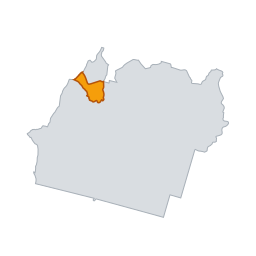 location of Sennar within Sudan, rotated 194°
{"feature_id": "SDN-880", "entity_name": "Sennar", "entity_type": "Region", "adm_level": 1, "iso_a3": "SDN", "parent_name": "Sudan", "parent_adm1": "", "projection": "albers", "projection_center": [34.248, 12.985], "detail": "fine", "context": "in_parent", "style": "filled", "palette": "amber", "viewbox_px": 256, "rotation_deg": 194, "n_neighbors": 0, "source": "natural_earth", "source_scale": "10m", "svg_char_len": 5568}
<svg xmlns="http://www.w3.org/2000/svg" viewBox="0 0 256 256"><g transform="rotate(194 128 128)"><path d="M173.1,199.8L170.9,199.8L170.7,199.3L170.7,197.8L170.9,196.8L171.8,195.1L171.6,194.1L171.7,192.8L171.1,191.3L165.9,186.9L164.9,185.7L162.1,184.6L162.6,183.3L161.4,174.4L162.0,173.4L162.2,171.8L162.2,170.4L162.9,168.1L162.9,167.1L157.4,167.0L157.3,168.0L157.6,169.1L157.6,169.6L149.9,169.6L152.9,173.1L153.0,174.6L152.9,176.6L152.9,177.8L153.1,178.6L153.9,180.2L153.8,180.5L153.6,180.8L148.1,185.5L147.2,187.6L146.4,188.8L144.8,190.7L139.7,195.6L138.9,195.9L135.1,196.1L134.7,196.2L134.4,196.4L134.2,196.3L131.0,193.4L125.5,189.7L121.9,191.5L120.8,192.2L120.8,193.9L120.2,194.7L119.2,195.7L116.5,196.2L115.1,196.7L113.4,197.6L111.7,199.2L111.6,200.0L111.8,200.7L102.5,200.5L101.8,199.9L100.6,197.2L99.6,197.4L91.1,196.8L89.9,197.1L87.5,198.1L86.2,198.2L85.0,197.7L80.7,192.3L79.7,191.7L78.8,190.4L77.8,189.8L77.5,189.4L77.4,188.9L77.5,187.7L77.2,187.0L76.5,186.8L70.5,187.8L69.6,187.7L68.4,187.8L67.9,188.0L67.4,188.7L67.3,190.1L67.1,190.8L66.6,191.6L64.8,193.3L64.4,194.0L64.4,196.0L64.3,197.0L64.0,197.4L63.2,198.1L62.9,198.6L62.6,201.0L61.6,202.5L61.3,203.0L61.2,204.1L61.1,204.4L58.3,205.2L57.3,205.7L56.6,206.5L56.5,206.9L55.3,206.5L53.8,206.2L51.0,205.9L49.9,205.4L49.4,204.8L49.6,203.3L49.3,203.0L48.9,202.7L48.6,202.0L48.7,201.2L50.3,199.6L50.6,198.6L51.2,194.3L51.1,193.0L50.1,190.5L47.5,186.1L46.9,185.3L43.7,181.6L43.3,181.1L42.5,179.6L43.6,176.4L43.7,175.5L43.5,174.6L42.7,173.9L41.9,173.7L40.9,172.8L40.3,172.4L39.8,171.6L39.4,170.6L39.9,166.8L39.7,166.3L38.8,166.1L38.7,165.8L38.7,165.1L38.4,162.9L37.9,161.1L38.2,160.1L37.6,158.7L36.2,158.1L33.5,158.4L32.7,158.3L32.1,158.0L31.8,157.5L31.6,156.9L31.8,156.0L32.6,154.4L33.7,153.2L35.7,152.0L36.2,151.4L36.5,150.7L36.6,149.9L36.5,149.0L36.3,148.2L35.8,147.2L35.4,145.9L35.4,145.1L35.7,144.5L36.2,143.8L38.2,142.5L40.2,141.4L40.6,141.0L40.5,140.5L39.6,139.5L39.4,137.7L39.0,136.4L40.0,135.4L40.8,135.1L41.9,134.9L42.4,134.5L42.5,133.7L42.5,132.9L43.0,132.4L43.6,131.2L44.1,130.7L45.6,129.4L46.0,128.5L46.1,127.7L45.8,125.0L46.7,124.0L47.9,123.1L49.4,123.2L51.9,123.1L53.6,122.8L54.8,122.9L57.5,123.5L57.7,123.3L57.9,122.6L59.9,72.9L70.9,73.3L71.1,73.2L72.0,49.9L141.3,51.5L141.8,51.5L142.9,49.3L143.4,49.1L144.1,49.3L144.4,49.8L143.8,51.6L204.3,51.6L204.4,54.2L204.9,56.4L206.7,59.4L208.2,61.0L208.7,61.9L208.8,62.3L208.7,62.7L208.3,62.3L207.5,62.0L207.4,63.4L207.8,66.4L208.4,68.4L208.0,70.3L208.1,73.5L208.9,77.4L208.8,79.9L210.1,85.6L211.4,88.8L212.1,89.6L212.9,90.0L214.4,90.2L216.6,91.9L218.3,93.5L218.9,94.4L219.8,95.4L220.3,95.2L220.7,95.0L221.3,95.8L224.0,97.4L224.4,98.2L223.5,99.0L222.3,100.4L221.8,101.7L221.5,102.1L220.6,102.9L220.5,103.3L220.1,103.5L219.7,103.5L218.7,104.0L217.9,103.9L217.0,104.1L216.7,104.4L216.1,104.7L215.2,104.8L213.7,105.9L212.5,106.5L212.1,106.9L211.5,109.0L211.0,109.6L209.2,109.7L208.3,109.8L207.0,109.6L206.4,109.7L206.3,110.1L206.1,111.9L206.1,112.7L205.1,114.8L205.5,118.7L204.5,121.6L204.3,122.3L203.4,124.6L202.8,125.5L201.6,129.8L201.1,131.1L200.0,132.5L201.2,142.9L200.3,146.1L200.4,147.8L199.8,150.4L199.3,151.6L198.4,153.0L197.7,154.6L197.2,156.7L196.8,160.7L196.6,161.1L193.3,161.6L192.2,161.9L191.5,162.3L190.7,163.3L189.0,166.2L188.1,167.9L186.7,170.2L185.1,171.9L184.8,172.7L184.5,174.2L183.9,176.6L183.4,178.3L183.5,179.7L183.0,182.0L183.0,183.2L182.5,183.8L181.7,184.4L181.2,184.6L178.9,183.0L177.2,184.1L176.2,185.6L175.4,187.2L175.9,190.5L175.8,191.2L175.6,192.0L174.0,195.2L173.6,196.6L173.1,199.2L173.1,199.8Z" fill="#d9dde1" stroke="#a8b0b8" stroke-width="1"/><path d="M186.7,170.2L186.7,170.4L186.6,170.6L186.3,170.9L185.5,171.3L185.5,171.2L185.3,170.7L185.1,170.3L185.0,170.2L183.9,169.4L182.6,168.1L181.2,166.3L178.6,162.3L178.1,161.7L177.7,161.4L177.2,161.1L176.8,161.0L176.4,161.1L174.9,161.8L166.5,167.0L166.3,167.0L166.0,167.0L164.7,166.7L164.3,166.7L164.1,166.7L163.8,166.8L163.6,166.9L163.4,167.0L163.0,167.2L161.5,161.9L161.5,161.1L161.6,160.5L161.8,159.5L161.8,159.2L161.7,158.8L160.5,157.1L159.7,155.4L159.5,154.8L159.3,153.7L159.3,151.8L159.3,151.4L159.1,151.1L159.0,150.8L158.8,150.6L158.4,150.2L158.5,149.2L158.7,148.9L158.9,148.5L159.1,148.3L159.4,148.4L159.9,149.0L160.3,149.0L160.5,148.7L161.1,147.0L161.3,146.5L161.6,146.1L162.0,145.7L162.4,145.5L162.9,145.4L163.4,145.4L163.8,145.7L164.8,146.9L165.1,147.0L165.4,147.0L165.7,146.8L166.6,145.8L167.4,145.2L167.8,145.0L168.1,144.9L168.4,144.9L168.5,144.9L168.7,145.0L169.5,145.4L169.6,145.5L169.9,145.5L170.7,145.5L171.3,145.6L171.5,145.7L172.0,145.7L172.1,145.9L172.2,146.1L172.3,146.2L172.3,146.4L172.3,146.5L172.5,146.7L173.0,147.1L173.1,147.3L173.1,147.5L173.1,147.8L173.2,148.1L173.4,148.2L173.8,148.9L173.9,149.0L174.0,149.0L174.1,148.9L174.2,149.0L174.5,149.1L174.9,149.0L175.0,149.0L175.3,149.2L175.5,149.2L175.8,149.3L175.8,149.5L175.7,149.6L175.6,149.8L175.4,150.0L175.2,150.2L175.2,150.3L175.2,150.5L175.3,150.7L175.6,151.2L176.2,152.5L177.1,153.6L177.4,153.8L177.9,154.0L178.3,154.1L178.5,154.3L179.0,154.8L179.2,155.0L179.3,155.1L180.4,155.5L180.5,155.6L181.0,155.8L181.5,156.2L181.7,156.4L182.1,156.9L182.7,157.5L183.0,157.9L183.2,158.0L185.6,159.4L185.8,159.6L186.1,159.9L186.5,160.2L186.9,160.5L188.0,161.0L191.9,161.8L191.7,161.9L191.7,162.0L191.6,162.3L191.6,162.5L191.4,162.7L191.1,162.7L191.0,162.8L190.9,162.9L188.8,166.6L188.6,166.9L188.6,167.2L188.6,167.4L188.5,167.5L188.3,167.6L188.1,167.8L187.9,168.0L187.7,168.5L187.6,169.2L187.5,169.4L187.3,169.7L186.8,170.0L186.7,170.1L186.7,170.2Z" fill="#f59e0b" stroke="#b45309" stroke-width="1.5"/></g></svg>